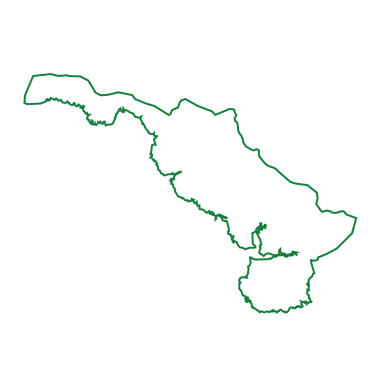 Rull, Federated States of Micronesia (Albers equal-area conic projection), rotated 87°
{"feature_id": "79324940B71932148328417", "entity_name": "Rull", "entity_type": "district", "adm_level": 2, "iso_a3": "FSM", "parent_name": "Federated States of Micronesia", "parent_adm1": "", "projection": "albers", "projection_center": [138.096, 9.488], "detail": "fine", "context": "isolated", "style": "outline", "palette": "green", "viewbox_px": 384, "rotation_deg": 87, "n_neighbors": 0, "source": "geoboundaries", "source_scale": "gbopen_adm2", "svg_char_len": 6034}
<svg xmlns="http://www.w3.org/2000/svg" viewBox="0 0 384 384"><g transform="rotate(87 192 192)"><path d="M94.3,354.6L95.7,351.6L95.7,338.8L94.2,333.6L92.2,332.6L91.8,331.7L93.0,331.1L92.2,330.2L93.1,329.8L92.8,329.0L90.7,328.1L92.8,324.1L91.5,322.8L92.1,321.7L93.5,321.2L93.9,320.1L93.0,318.2L95.6,316.8L96.1,315.7L96.4,313.9L95.9,312.3L95.1,311.8L96.6,310.7L96.5,310.0L97.5,309.8L98.9,307.7L98.9,306.6L97.1,305.4L97.2,304.6L98.7,304.4L100.4,303.0L100.3,301.8L98.7,300.8L100.4,298.8L102.0,299.0L102.0,298.4L100.9,298.2L101.1,297.6L103.2,297.8L101.1,297.1L100.3,296.2L100.6,295.2L103.0,296.3L104.9,296.4L106.5,294.8L107.9,294.3L108.4,293.2L107.8,292.6L110.3,291.9L109.5,291.3L109.5,290.4L110.9,292.2L113.5,293.0L114.3,291.5L113.8,290.9L115.1,291.6L118.8,289.1L118.2,288.2L115.3,288.5L115.5,287.8L116.5,287.4L117.0,288.0L119.2,287.7L119.5,286.7L118.2,285.5L119.4,285.5L120.0,284.0L118.2,282.1L117.4,282.1L118.1,281.1L117.0,279.9L118.5,279.5L119.2,278.2L119.1,277.5L117.3,276.9L117.1,275.5L120.9,274.8L120.2,271.9L120.6,270.6L119.6,267.6L114.8,265.0L113.6,265.2L112.6,264.0L110.4,264.0L109.9,262.5L108.6,262.4L107.3,260.8L106.1,260.9L104.8,259.1L107.1,258.6L108.8,256.7L108.3,255.6L106.5,256.4L105.0,256.3L106.7,255.2L107.2,252.5L109.2,249.9L110.6,246.7L113.9,244.8L115.1,240.7L114.1,238.9L116.0,239.7L120.8,237.5L121.2,238.1L121.6,237.9L121.4,236.9L126.7,234.6L129.6,232.2L130.5,232.5L131.9,230.2L132.1,227.6L131.3,226.8L133.7,226.8L134.2,226.2L134.3,223.4L135.2,225.3L135.8,225.2L137.4,227.3L142.9,225.9L142.4,227.5L143.3,229.5L151.1,230.9L151.8,231.6L152.6,230.9L152.6,229.9L154.4,230.3L155.4,231.7L156.4,229.9L158.2,228.9L158.1,228.1L159.4,228.0L159.6,226.4L161.2,226.1L161.9,225.2L163.1,226.2L164.5,224.9L168.3,224.4L168.5,223.3L171.9,221.8L172.7,219.7L173.7,219.4L174.0,217.4L173.1,215.4L173.1,212.1L172.2,210.4L173.4,210.3L173.6,209.0L171.3,203.3L171.0,201.2L173.9,207.6L176.5,209.5L178.1,209.1L177.7,212.0L178.7,212.3L179.5,211.5L179.5,213.1L181.3,212.0L182.6,212.4L183.4,210.5L185.7,210.5L188.0,208.9L190.3,209.0L195.8,206.0L197.0,202.7L197.8,202.2L197.5,201.3L200.0,199.1L200.1,196.5L201.3,196.2L200.8,193.2L198.9,192.7L199.9,190.5L201.1,191.3L203.4,189.8L203.5,189.2L202.2,187.9L205.6,187.5L206.5,186.8L205.7,185.3L209.5,185.3L210.2,181.8L213.6,178.5L212.1,176.1L213.1,176.1L213.0,174.3L213.9,175.6L214.6,175.2L213.9,174.7L213.8,173.1L214.4,171.4L215.3,171.9L214.8,172.4L215.2,173.4L216.3,172.1L216.1,171.2L217.2,169.5L220.7,170.0L220.1,169.3L217.2,168.8L216.5,168.0L216.8,166.9L216.0,166.7L215.8,166.1L219.5,158.8L219.9,159.1L219.4,161.0L217.0,164.8L217.1,166.5L218.6,164.0L221.7,163.0L222.9,160.2L222.6,159.4L223.6,158.5L231.2,157.1L233.0,157.2L233.5,158.1L235.8,158.0L236.3,155.7L238.3,155.5L238.3,153.0L241.2,153.4L239.8,153.9L240.7,154.8L244.2,153.7L244.6,152.9L243.1,152.5L244.5,149.9L247.4,149.0L249.9,146.9L250.2,144.8L251.9,141.7L250.6,137.3L251.0,133.1L250.4,131.6L249.3,131.6L247.7,133.5L246.3,134.0L236.4,133.9L234.6,130.3L235.4,129.8L235.0,129.3L234.1,130.0L232.1,129.6L228.8,125.4L228.1,125.0L227.1,125.5L226.8,124.6L229.9,124.4L230.7,123.5L230.1,121.7L228.6,121.0L229.0,120.1L229.8,120.0L230.8,121.1L230.7,122.0L231.6,121.3L231.2,123.1L233.5,124.2L233.2,125.3L231.5,125.0L231.4,126.3L233.3,127.6L236.1,126.9L236.9,129.2L242.9,126.5L248.3,125.5L248.9,127.1L251.0,126.9L251.3,126.3L255.9,128.1L257.6,127.1L257.4,126.4L259.7,123.8L257.7,121.5L257.4,119.7L257.4,118.2L259.6,113.1L259.0,108.6L258.6,107.9L254.9,108.1L253.8,106.9L256.8,107.0L258.3,104.8L258.3,102.7L259.9,102.6L259.2,96.4L258.6,95.4L256.8,94.6L257.9,90.7L258.1,91.4L259.1,91.7L260.9,90.1L258.0,93.5L260.4,94.6L260.6,99.1L261.8,100.8L259.4,105.5L259.9,106.5L259.7,110.4L260.9,111.0L261.0,113.8L261.4,115.1L262.7,116.2L262.3,117.7L263.1,118.5L262.8,131.5L262.1,134.4L260.5,136.3L260.4,137.5L265.8,137.1L268.4,138.4L269.6,140.0L270.9,139.5L276.2,140.3L278.3,141.4L278.9,142.4L280.5,141.7L279.6,146.2L280.8,148.7L283.0,149.6L285.1,148.2L285.7,148.8L285.3,149.2L286.3,149.6L291.3,149.8L293.3,148.0L297.9,146.7L298.5,144.7L299.5,143.8L300.1,144.1L299.8,143.1L300.4,141.6L301.5,142.3L300.9,142.5L301.6,143.8L304.1,144.0L304.7,142.8L303.9,142.3L304.1,141.3L302.8,141.2L303.6,140.7L303.3,139.9L304.3,139.2L305.2,139.7L306.6,138.3L309.7,138.3L309.8,137.4L311.1,137.1L311.6,135.1L313.7,133.1L314.5,131.3L315.7,130.8L314.8,129.1L316.0,125.7L315.1,123.4L316.1,120.8L315.1,119.7L315.5,118.0L314.6,118.2L314.2,117.6L314.5,116.6L315.2,116.6L315.4,114.6L316.5,114.2L316.7,113.3L315.5,112.2L315.4,111.1L314.3,110.5L314.3,108.8L316.2,107.5L316.3,105.5L317.0,105.4L317.2,103.8L315.4,101.7L313.1,100.6L312.5,99.5L312.6,97.1L313.3,96.9L313.5,95.5L313.5,94.7L312.3,94.3L311.9,93.5L312.4,93.3L312.4,92.4L311.6,92.0L311.6,90.7L313.0,89.8L312.4,87.6L311.6,87.5L309.5,88.9L308.3,88.0L307.1,88.6L307.9,86.9L307.7,85.5L308.6,85.1L308.4,84.6L307.4,85.0L307.4,83.6L310.0,83.4L308.1,80.6L308.3,78.9L307.7,78.5L307.3,79.3L304.6,79.9L304.2,80.7L301.3,80.7L300.4,81.9L299.0,82.3L296.6,81.9L296.3,80.7L295.5,81.4L295.5,80.5L292.3,80.3L291.8,80.8L291.4,80.1L290.3,80.0L289.9,81.7L288.1,80.1L286.3,80.3L284.2,78.7L282.9,76.7L279.9,75.3L279.5,74.1L269.1,76.6L266.3,76.7L266.3,75.9L266.9,75.7L266.9,72.3L266.3,70.2L264.0,69.6L260.9,60.7L256.0,50.3L241.6,34.3L226.7,29.4L222.3,39.4L219.8,40.7L218.9,42.9L220.4,49.6L219.9,53.3L218.5,54.9L217.6,58.3L218.6,62.6L218.2,63.8L210.5,68.5L204.9,66.9L199.1,67.4L191.2,76.4L188.8,88.9L186.9,93.5L172.4,108.3L170.0,114.4L167.6,117.4L159.9,123.0L153.8,123.2L152.9,124.3L152.7,125.8L153.7,128.4L153.1,130.1L149.2,135.8L145.2,138.2L142.1,138.4L138.3,139.9L135.8,141.7L132.5,142.7L127.6,142.8L124.8,143.5L122.9,145.4L120.6,145.6L117.8,143.7L114.4,145.2L112.2,145.4L111.5,146.9L111.1,150.2L116.2,164.7L112.5,167.9L106.3,181.9L98.8,193.7L100.0,198.0L101.9,199.6L106.7,201.5L109.3,207.7L113.3,209.6L113.9,211.1L104.2,225.0L101.1,233.6L96.3,243.8L92.1,246.7L88.6,260.2L90.5,270.7L90.7,278.0L87.8,283.0L75.2,289.8L70.7,297.6L69.8,308.8L68.9,310.8L69.1,319.4L66.8,327.1L67.9,344.6L87.0,353.8L94.3,354.6Z" fill="none" stroke="#15803d" stroke-width="2"/></g></svg>